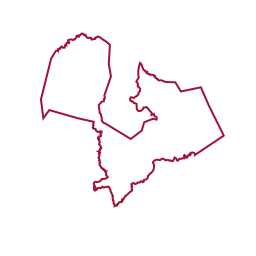 San Juan Cieneguilla, Oaxaca, Mexico, rotated 197°
{"feature_id": "50627088B28176003338085", "entity_name": "San Juan Cieneguilla", "entity_type": "district", "adm_level": 2, "iso_a3": "MEX", "parent_name": "Mexico", "parent_adm1": "Oaxaca", "projection": "orthographic", "projection_center": [-98.27, 17.875], "detail": "fine", "context": "isolated", "style": "outline", "palette": "rose", "viewbox_px": 256, "rotation_deg": 197, "n_neighbors": 0, "source": "geoboundaries", "source_scale": "gbopen_adm2", "svg_char_len": 5842}
<svg xmlns="http://www.w3.org/2000/svg" viewBox="0 0 256 256"><g transform="rotate(197 128 128)"><path d="M135.5,193.7L135.5,189.3L135.1,187.5L134.8,185.3L133.7,181.7L132.5,179.7L133.6,174.7L132.0,173.7L131.1,172.5L131.2,171.3L130.1,170.3L129.3,170.3L128.6,169.5L127.7,168.8L127.4,166.6L128.1,165.3L128.0,163.0L128.4,162.7L128.4,162.0L128.8,161.3L130.2,160.0L131.0,158.6L132.6,158.4L134.1,158.4L134.6,156.9L134.6,155.9L133.3,154.7L131.9,154.6L131.3,154.8L129.9,153.7L127.4,153.7L126.8,153.5L125.3,149.0L124.2,147.8L122.9,147.4L121.8,147.5L120.9,148.1L120.2,148.8L119.3,150.4L119.1,152.2L117.5,152.7L116.4,153.5L111.3,150.2L109.9,149.6L109.3,147.3L107.4,149.0L106.2,147.1L104.3,146.9L103.4,146.1L103.2,144.4L106.7,144.2L113.0,139.2L114.2,138.0L114.1,129.6L122.2,118.3L151.1,125.7L152.5,125.7L155.2,127.2L156.2,130.2L158.3,133.5L159.4,134.0L162.7,141.4L160.8,145.5L159.0,146.5L159.1,148.1L159.5,148.8L158.8,149.7L160.1,152.3L159.4,172.4L165.1,183.6L169.6,202.2L173.5,204.1L178.4,205.4L181.6,206.6L182.9,206.4L183.6,206.6L184.5,205.9L184.7,205.3L185.1,205.3L185.7,204.7L185.8,204.3L185.5,203.6L185.7,203.4L186.0,203.4L186.7,202.9L187.3,202.7L188.4,202.0L188.8,202.0L188.9,202.3L189.3,202.6L189.7,203.4L190.9,203.3L191.3,202.9L191.7,202.8L192.2,202.4L193.6,202.5L194.1,202.7L194.3,203.1L194.9,203.4L195.8,204.6L196.6,203.8L196.9,203.9L196.9,204.4L198.3,204.7L198.5,204.9L199.6,204.9L199.9,204.7L200.8,202.8L202.2,202.2L202.7,201.8L202.5,201.4L201.7,201.5L201.6,201.2L201.9,200.7L202.5,200.7L203.0,201.1L203.8,201.3L204.0,201.1L204.0,199.2L204.5,198.2L204.8,197.1L205.1,196.9L206.0,196.7L206.4,196.0L207.5,196.2L208.6,196.0L210.4,194.8L210.9,194.6L210.6,193.1L210.4,193.3L209.9,193.1L209.3,192.6L209.2,192.0L209.4,191.7L209.7,191.7L210.0,192.5L210.5,192.6L211.5,191.4L211.7,190.5L211.5,189.9L211.0,188.9L212.4,188.7L212.0,186.4L212.3,186.2L213.3,186.2L213.6,185.8L214.1,185.7L214.5,185.8L215.1,186.5L215.4,186.5L215.7,185.6L216.4,184.8L216.5,184.6L216.1,184.1L216.1,183.8L216.4,183.5L217.8,183.2L217.3,181.1L218.3,181.5L219.5,180.6L221.8,171.9L219.6,129.8L211.8,112.6L208.5,122.1L178.4,122.7L162.6,123.9L162.3,123.2L162.4,121.9L162.5,121.3L162.4,120.8L161.7,120.0L161.6,119.4L162.0,118.4L161.3,117.6L160.5,117.4L159.1,117.6L158.7,117.5L158.4,116.9L157.3,115.9L156.7,115.8L155.6,115.4L155.0,115.5L153.9,116.6L152.3,117.1L152.1,116.8L151.9,115.8L152.8,114.7L152.4,113.6L151.5,113.1L151.5,112.7L151.9,112.4L152.2,111.5L152.5,111.3L153.4,111.3L153.8,110.3L153.9,109.5L153.8,109.2L153.1,108.6L152.3,109.0L152.1,108.6L152.1,107.5L151.3,107.0L150.7,106.2L151.1,104.6L151.0,104.0L149.9,103.4L149.5,102.8L148.8,102.4L147.8,101.5L147.6,100.8L147.9,100.3L148.4,100.2L148.7,99.7L148.7,99.0L148.2,98.3L148.4,97.6L149.6,96.9L147.5,96.3L147.6,95.6L148.2,95.0L148.3,94.7L148.2,94.5L147.2,93.7L147.2,92.1L147.6,91.2L147.3,91.1L146.7,90.1L145.9,89.3L145.8,89.1L146.1,88.7L146.1,88.3L145.4,88.0L145.2,87.1L144.6,87.0L144.4,86.8L144.5,86.5L144.9,86.0L144.4,84.3L144.0,84.1L142.6,83.1L142.2,82.4L141.6,81.9L139.8,81.9L139.4,80.8L139.1,80.9L138.4,81.3L138.2,81.3L137.8,80.9L137.4,79.9L137.1,79.9L136.1,80.2L136.3,79.3L136.3,78.9L135.3,77.8L135.4,77.0L135.2,76.6L134.6,76.1L133.2,75.5L133.0,75.1L133.4,74.4L135.0,72.8L136.5,72.1L137.8,71.8L138.2,71.3L138.1,70.8L139.2,69.1L140.5,67.9L142.2,67.2L143.3,67.1L143.8,66.8L144.2,66.3L144.6,65.2L144.0,64.1L143.6,63.8L143.5,62.5L142.4,62.5L141.9,62.0L141.8,61.8L142.9,61.0L143.1,60.6L143.0,60.3L142.2,60.0L142.4,59.2L142.1,58.9L141.8,59.4L141.1,58.7L139.8,60.1L139.9,60.7L138.5,62.3L138.1,62.4L136.5,62.4L135.5,64.4L134.1,63.9L133.4,64.2L132.0,65.1L131.1,65.4L130.6,65.6L130.4,66.0L129.1,66.2L127.0,64.0L125.8,61.9L124.8,61.1L123.5,59.4L122.5,58.5L122.7,58.1L122.6,57.8L122.5,57.0L121.8,56.0L121.6,55.0L121.3,54.3L120.7,54.2L120.1,53.1L119.8,52.4L119.9,51.9L118.8,50.9L118.4,50.8L117.9,50.1L117.9,49.4L116.7,50.3L115.9,50.5L115.7,50.7L115.7,51.1L115.9,51.2L116.1,52.0L115.9,52.4L115.4,52.4L115.0,52.8L114.9,54.2L114.6,54.5L113.4,55.1L112.4,55.2L112.3,55.8L112.7,56.4L112.8,56.8L112.6,57.9L112.6,58.0L111.9,57.6L111.4,59.1L110.8,61.9L110.3,62.1L110.1,63.2L109.2,64.1L108.4,65.7L107.8,66.4L107.3,67.6L106.4,68.5L105.8,69.7L106.0,70.2L106.5,70.5L106.7,71.8L107.4,72.9L107.1,73.5L107.5,74.2L108.1,74.5L108.2,75.5L107.9,75.7L107.8,76.3L106.5,76.7L106.2,77.1L105.4,76.6L104.9,76.5L103.9,77.0L103.2,77.9L102.6,78.9L102.0,79.1L101.4,79.0L100.5,79.8L100.1,80.8L98.4,81.0L98.0,80.6L97.5,81.0L97.2,81.6L97.2,81.8L97.7,82.3L97.8,82.6L97.5,83.1L96.8,83.3L95.5,84.3L94.8,85.2L94.6,86.6L94.9,88.0L94.4,88.5L93.7,90.7L92.6,91.8L91.4,95.1L91.7,98.7L92.4,100.3L92.8,101.0L93.9,101.9L94.1,102.7L93.8,103.6L92.8,105.1L90.2,106.5L88.0,106.6L87.5,107.2L87.1,108.0L85.7,108.9L84.9,108.8L84.4,108.5L83.9,108.4L83.3,108.6L82.7,108.2L82.4,108.2L82.1,108.2L81.4,108.9L80.6,109.2L79.2,109.1L78.5,108.8L77.6,109.5L76.3,109.1L75.9,109.3L75.5,109.5L75.1,110.3L74.8,113.4L73.3,113.1L72.1,112.1L71.7,111.4L71.3,111.2L70.8,111.4L70.5,111.7L69.9,113.4L69.6,113.8L68.8,113.8L68.0,114.3L67.5,114.4L66.8,115.2L65.3,115.4L65.1,115.6L65.1,116.1L66.4,117.8L66.4,118.2L66.2,118.5L65.8,118.3L65.4,118.4L64.5,118.0L63.3,116.9L62.8,116.9L62.7,117.4L62.9,118.0L62.3,119.8L62.1,120.1L61.7,119.5L60.4,120.4L60.4,120.9L60.7,120.9L61.0,122.2L60.2,122.9L59.8,123.2L59.1,123.4L57.6,123.5L57.0,123.2L56.3,122.5L56.1,121.8L34.2,148.7L57.5,173.4L70.2,188.2L88.1,178.4L96.1,185.5L105.4,183.0L110.2,183.4L112.3,182.5L113.2,182.8L113.5,183.2L114.1,183.2L114.4,183.6L115.1,183.6L115.5,184.0L116.1,184.2L116.3,184.1L117.0,184.9L117.5,184.9L117.4,185.1L117.5,185.7L118.0,185.7L118.5,185.8L119.3,186.2L121.9,185.7L122.2,185.8L122.7,185.3L123.4,185.7L123.8,185.7L124.3,186.0L124.8,185.6L125.7,185.8L126.0,186.3L126.1,186.9L126.5,186.4L126.9,186.5L127.4,186.8L128.1,187.7L128.8,187.6L129.7,188.2L130.3,188.2L133.9,192.8L135.5,193.7Z" fill="none" stroke="#9f1239" stroke-width="2"/></g></svg>